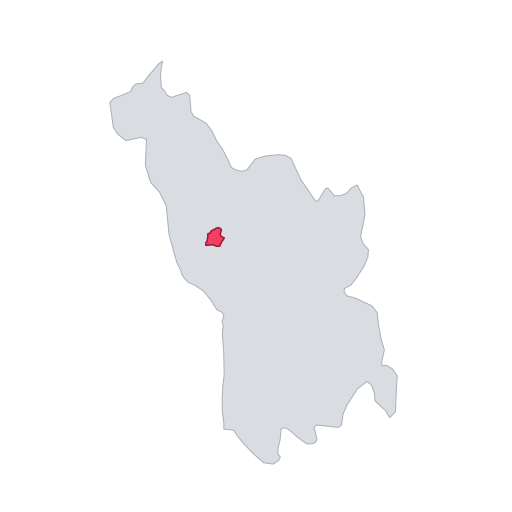 Slovenia, with Velenje highlighted, rotated 260°
{"feature_id": "SVN-1001", "entity_name": "Velenje", "entity_type": "Municipality", "adm_level": 1, "iso_a3": "SVN", "parent_name": "Slovenia", "parent_adm1": "", "projection": "robinson", "projection_center": [15.138, 46.376], "detail": "fine", "context": "in_parent", "style": "filled", "palette": "rose", "viewbox_px": 512, "rotation_deg": 260, "n_neighbors": 0, "source": "natural_earth", "source_scale": "10m", "svg_char_len": 2182}
<svg xmlns="http://www.w3.org/2000/svg" viewBox="0 0 512 512"><g transform="rotate(260 256 256)"><path d="M463.9,197.7L452.2,193.6L438.1,191.9L435.4,194.1L429.8,196.3L426.9,200.3L429.2,215.9L425.8,218.6L409.8,217.1L404.5,218.8L395.8,229.7L386.9,234.3L375.5,237.5L367.1,241.5L356.5,244.9L347.5,247.0L343.9,251.7L341.8,257.0L342.3,262.0L351.6,272.0L352.8,282.7L351.9,295.8L349.8,302.7L346.2,307.4L323.5,313.4L299.9,324.1L299.4,326.5L310.1,336.1L310.6,338.4L301.7,343.8L300.8,349.3L301.8,355.6L306.6,362.0L308.3,367.8L295.3,372.1L277.8,370.5L257.0,362.4L249.7,363.6L242.7,367.8L235.5,366.0L227.6,361.0L216.4,350.6L210.9,344.3L208.7,337.5L205.7,336.5L201.0,338.5L197.2,346.7L186.7,361.5L179.1,365.5L167.5,364.6L151.3,364.9L141.2,366.1L128.9,360.9L125.9,361.8L125.8,365.3L121.2,370.7L113.6,374.2L78.5,366.2L73.6,359.6L81.5,356.5L92.6,348.0L100.0,348.9L109.2,347.1L113.2,343.5L107.5,332.7L93.0,319.4L85.3,314.3L74.7,310.9L72.9,307.4L79.0,286.3L77.2,283.4L65.1,284.3L62.2,282.1L61.3,278.5L62.1,273.5L70.4,265.3L79.5,258.1L82.0,254.0L81.7,250.9L70.1,247.6L63.1,244.3L57.5,243.2L53.7,245.0L50.9,243.0L48.1,236.9L51.0,227.7L61.5,219.2L72.8,211.6L82.7,206.1L88.3,203.8L91.1,194.3L96.9,195.3L108.4,195.8L121.3,197.9L133.3,200.6L143.9,203.9L166.1,207.4L186.3,209.5L192.4,211.5L197.4,211.3L203.5,214.2L207.1,212.0L209.8,208.2L220.8,203.7L231.0,197.8L238.1,190.3L242.1,184.4L249.1,180.2L256.5,179.0L263.3,176.9L291.9,174.1L321.3,176.3L335.3,172.2L346.8,165.0L363.7,162.9L364.6,162.8L389.8,168.4L391.8,165.2L392.8,163.7L392.3,148.0L400.2,140.8L407.6,137.8L432.8,138.8L436.1,143.6L437.4,151.1L439.8,161.1L444.0,163.9L446.3,167.9L445.9,174.8L450.9,180.0L462.5,194.0L463.9,197.7Z" fill="#d9dde1" stroke="#a8b0b8" stroke-width="1"/><path d="M275.4,208.5L276.2,208.5L278.0,209.1L279.5,210.5L283.7,212.0L284.6,212.1L285.7,212.3L286.4,212.6L286.5,213.7L286.4,214.4L286.5,215.1L288.4,216.0L289.8,220.6L290.3,221.7L290.5,223.1L290.5,223.7L289.2,226.0L287.2,226.4L284.2,224.7L282.5,224.7L281.4,225.2L280.5,226.0L279.4,227.8L277.8,226.8L276.7,225.2L274.7,224.0L273.9,223.0L272.0,222.1L272.4,218.8L274.1,216.4L274.8,214.1L275.0,209.8L275.4,208.5Z" fill="#f43f5e" stroke="#9f1239" stroke-width="1.5"/></g></svg>